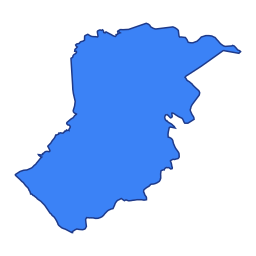 Abu Hummus, Al Buhayrah, Egypt
{"feature_id": "37247803B15817250169024", "entity_name": "Abu Hummus", "entity_type": "district", "adm_level": 2, "iso_a3": "EGY", "parent_name": "Egypt", "parent_adm1": "Al Buhayrah", "projection": "robinson", "projection_center": [30.325, 31.106], "detail": "fine", "context": "isolated", "style": "filled", "palette": "blue", "viewbox_px": 256, "rotation_deg": 0, "n_neighbors": 0, "source": "geoboundaries", "source_scale": "gbopen_adm2", "svg_char_len": 5772}
<svg xmlns="http://www.w3.org/2000/svg" viewBox="0 0 256 256"><path d="M72.6,232.6L72.4,231.6L73.5,230.9L75.1,229.8L76.8,229.0L78.9,229.4L80.9,229.6L82.8,229.7L84.6,229.1L85.3,228.6L85.5,228.2L86.1,227.0L86.4,226.5L86.4,226.3L85.9,222.6L85.6,219.4L86.4,218.0L86.6,217.6L87.4,217.7L88.3,217.7L89.1,217.8L89.6,217.9L90.6,217.8L93.3,217.9L95.5,218.4L98.0,218.3L100.4,217.5L101.8,216.8L102.0,216.7L103.5,215.4L104.7,213.8L107.1,211.3L108.3,210.3L111.2,209.0L113.0,208.6L114.6,205.1L115.1,203.6L115.5,202.9L116.2,201.9L117.0,200.9L117.5,200.4L119.7,199.4L121.2,198.5L124.4,200.7L125.3,200.2L126.0,199.9L127.7,200.5L128.7,200.8L131.0,200.6L132.6,200.3L134.5,200.1L137.0,199.7L140.1,199.7L141.4,199.7L143.9,200.1L145.2,200.0L146.5,199.7L146.5,198.9L146.5,197.8L146.1,196.6L145.2,195.5L144.6,194.4L144.3,193.1L143.7,192.4L143.7,192.1L143.6,191.2L143.8,190.0L144.4,189.3L145.1,188.8L146.2,187.9L147.1,187.3L148.5,186.4L148.7,186.5L149.9,185.4L150.2,184.8L150.6,184.6L151.0,184.2L153.6,184.0L155.4,183.5L157.2,182.7L159.2,181.4L159.6,180.9L159.9,180.3L160.3,179.7L160.4,179.2L160.4,178.6L160.8,178.1L160.7,177.5L160.7,177.1L160.7,175.7L160.6,173.9L160.8,172.8L160.8,172.3L161.0,170.9L161.5,170.5L163.3,169.8L163.9,169.8L164.2,169.9L164.5,169.0L165.4,168.0L165.6,167.9L165.8,167.9L166.4,167.5L167.6,167.7L168.8,167.6L169.3,167.9L170.8,169.0L172.2,168.6L172.3,167.2L171.9,166.7L171.7,165.3L171.3,163.3L171.1,163.0L171.1,162.7L170.8,162.0L170.4,161.0L170.5,160.6L172.7,159.4L173.2,159.3L174.6,159.5L176.1,159.0L177.0,158.8L178.1,158.5L179.0,157.4L179.2,156.7L179.1,154.9L179.1,154.7L179.0,153.4L178.2,151.9L176.2,149.1L175.5,148.1L174.6,146.3L174.2,145.2L173.6,144.0L173.1,142.1L172.8,140.6L172.2,139.4L171.1,138.3L170.1,137.8L169.7,137.5L169.0,137.3L168.2,137.1L168.0,134.4L168.3,131.9L168.8,129.6L169.2,127.8L170.3,127.0L175.1,128.0L174.8,127.6L174.4,126.8L173.8,126.1L173.0,125.5L172.3,124.7L171.1,123.8L170.0,123.2L168.9,122.6L168.1,122.0L167.3,121.3L166.9,120.7L166.5,120.9L166.0,120.4L165.3,119.5L164.7,117.6L164.7,117.1L165.1,115.9L165.6,114.9L166.6,114.8L167.1,114.6L167.5,114.9L167.8,115.2L168.0,115.3L168.8,116.1L169.1,116.4L170.3,117.7L170.7,117.9L171.8,117.3L172.3,116.2L172.0,115.3L171.8,113.5L172.0,113.0L172.7,113.1L173.8,113.5L174.6,114.0L176.1,115.1L177.5,115.9L178.1,116.4L181.0,117.8L181.5,118.0L182.0,118.3L182.6,119.0L183.0,119.7L183.2,120.1L183.5,120.9L184.0,122.0L184.4,122.7L184.8,123.2L187.9,123.2L194.1,119.3L193.8,117.5L193.4,116.6L192.0,114.5L190.6,111.4L190.4,110.8L190.2,109.8L190.8,108.0L191.0,106.8L192.2,104.5L199.2,95.1L199.5,93.8L199.6,93.3L199.7,92.7L199.2,91.5L198.8,90.7L196.9,89.0L194.2,86.5L192.5,84.7L192.0,83.9L190.8,83.0L189.3,81.7L189.1,81.6L188.5,81.3L188.2,81.0L187.8,80.9L187.2,80.3L186.9,80.2L185.9,78.3L185.0,77.3L186.3,75.8L187.7,75.0L201.4,66.1L221.5,51.8L222.7,50.9L223.6,50.6L224.0,50.5L224.7,50.8L238.9,53.3L239.0,53.0L240.6,51.7L239.8,50.8L237.7,49.9L237.1,49.2L236.4,48.3L234.9,46.7L234.2,46.0L233.1,45.6L232.6,45.4L231.9,45.9L229.5,46.1L229.1,46.1L225.2,46.4L223.4,45.8L223.1,45.6L221.1,44.2L220.3,43.5L219.4,42.5L218.1,40.9L217.2,40.0L216.4,39.0L216.1,38.8L215.8,38.3L214.9,37.4L213.8,37.0L211.8,36.0L210.1,35.8L209.8,35.7L208.2,35.6L205.8,35.6L201.3,37.0L199.2,39.3L198.5,39.9L197.1,41.2L192.9,42.8L191.1,42.8L189.7,42.6L189.3,42.5L188.2,42.3L187.0,39.7L185.4,37.5L182.0,37.1L181.3,37.0L180.8,37.0L179.7,37.1L179.0,36.0L178.3,30.4L177.0,29.1L175.4,28.0L175.1,27.8L172.9,26.9L155.8,29.0L154.8,28.8L153.5,28.4L152.9,28.1L152.7,28.0L151.5,27.3L150.7,26.8L149.7,25.2L148.3,24.1L147.8,23.9L146.2,23.3L128.6,29.4L123.0,29.7L121.1,29.6L120.2,29.6L120.0,29.8L118.1,30.8L117.6,31.4L117.7,31.8L118.8,30.8L118.6,31.7L120.2,32.8L117.8,33.6L117.6,34.3L116.1,34.6L116.3,35.5L115.2,36.5L112.8,35.6L111.6,34.8L106.0,31.9L105.1,32.9L103.7,32.5L103.6,31.3L102.6,29.8L101.4,30.4L100.7,30.0L99.5,30.0L97.6,31.0L97.3,31.8L97.5,33.1L97.8,34.8L98.0,36.1L97.6,36.9L96.2,36.8L95.2,36.6L94.6,36.7L92.0,36.5L90.5,36.0L87.8,34.3L85.3,35.5L84.8,35.9L84.6,36.6L84.5,40.2L82.8,41.2L81.5,41.5L80.4,41.9L79.2,43.4L76.6,44.0L75.6,45.0L76.1,46.0L76.7,46.6L77.3,47.0L75.9,48.6L75.0,49.3L74.7,51.3L76.4,51.4L76.5,52.4L75.6,53.6L74.0,54.5L73.1,55.6L72.6,57.4L71.0,58.3L71.0,59.0L72.6,84.9L72.7,87.1L72.8,89.3L73.4,93.6L75.2,101.4L74.6,106.0L73.2,110.6L73.4,111.8L74.0,112.6L74.8,113.2L75.6,113.7L76.5,114.0L76.4,114.4L75.4,115.0L74.5,115.8L73.3,117.6L70.7,119.2L66.9,122.5L66.7,123.7L67.8,124.9L69.3,125.2L69.9,126.0L70.3,126.8L70.1,127.6L69.3,128.8L68.8,129.9L68.9,130.4L68.5,130.2L67.5,130.5L66.5,130.0L65.7,131.2L65.0,131.0L64.2,132.1L63.6,132.4L63.4,132.9L62.4,133.2L60.5,132.8L59.7,133.1L58.8,133.1L58.6,134.2L56.7,134.8L56.1,135.3L55.7,135.1L54.9,137.2L54.0,138.6L52.3,140.6L51.3,142.2L50.7,143.2L50.2,143.6L49.9,144.0L48.0,145.9L47.8,146.3L48.6,147.8L49.2,148.9L49.4,149.4L49.9,150.4L49.9,151.0L49.4,151.6L48.9,151.7L48.2,151.4L46.1,151.4L44.8,152.0L44.3,152.6L43.0,153.5L42.6,153.7L42.8,154.1L42.7,154.5L41.3,155.0L39.7,154.7L38.4,154.6L38.8,155.3L41.0,156.9L41.7,157.1L40.6,158.1L37.4,162.1L37.0,162.5L36.6,163.0L36.0,163.9L35.2,164.7L34.4,165.2L32.6,167.1L31.7,167.9L27.6,169.7L26.6,170.0L25.2,170.1L23.5,170.3L22.3,170.7L20.8,171.2L19.8,171.6L15.4,174.5L15.5,175.4L18.7,178.3L20.0,179.5L21.8,181.4L23.3,182.5L25.4,185.3L26.2,186.2L27.9,187.8L28.6,189.0L29.2,190.5L29.9,191.3L30.2,192.5L30.5,193.0L30.5,193.4L30.6,194.0L30.9,194.1L31.2,193.9L31.7,194.1L32.2,194.4L32.8,195.1L32.9,195.3L33.2,195.5L33.7,195.7L34.0,195.7L35.3,196.9L36.6,197.8L37.1,198.6L38.4,199.6L40.9,201.3L42.3,202.8L42.5,203.0L43.7,204.2L44.8,205.4L46.1,207.3L47.2,208.9L50.1,213.2L51.3,214.1L52.1,215.4L54.1,217.0L55.2,218.5L56.6,220.9L57.7,223.2L58.1,224.5L58.9,225.5L61.7,227.8L63.6,228.6L65.4,229.2L72.1,232.7L72.6,232.6Z" fill="#3b82f6" stroke="#1e3a8a" stroke-width="1.5"/></svg>